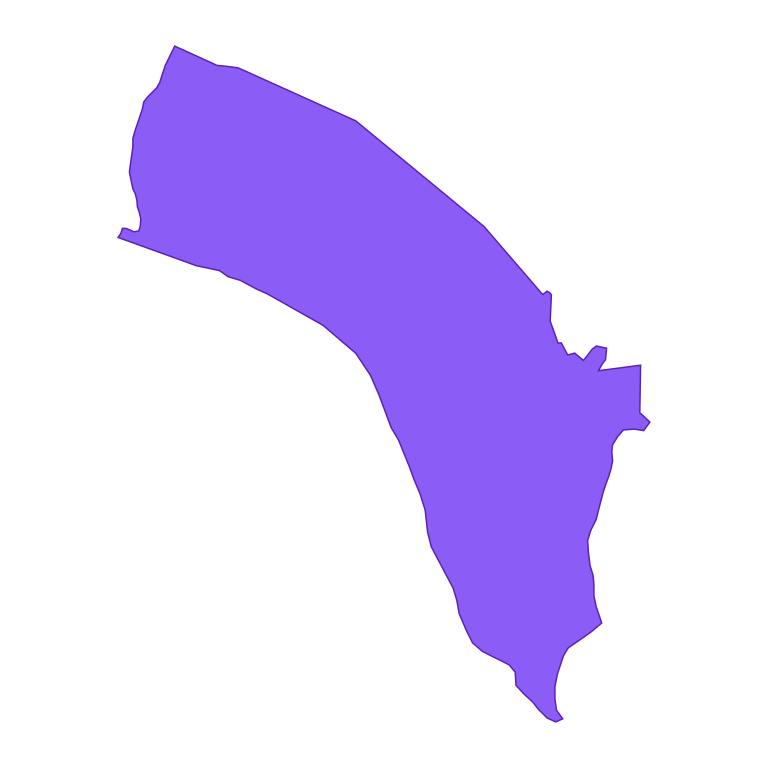 outline of Pontian, Johor, Malaysia
{"feature_id": "92858781B61162443163986", "entity_name": "Pontian", "entity_type": "district", "adm_level": 2, "iso_a3": "MYS", "parent_name": "Malaysia", "parent_adm1": "Johor", "projection": "orthographic", "projection_center": [103.414, 1.514], "detail": "fine", "context": "isolated", "style": "filled", "palette": "violet", "viewbox_px": 768, "rotation_deg": 0, "n_neighbors": 0, "source": "geoboundaries", "source_scale": "gbopen_adm2", "svg_char_len": 1551}
<svg xmlns="http://www.w3.org/2000/svg" viewBox="0 0 768 768"><path d="M118.1,237.5L196.4,265.7L219.5,270.6L228.1,276.7L240.2,280.3L256.0,288.8L267.0,293.7L323.0,325.3L355.8,353.3L370.4,375.2L378.9,394.7L386.2,414.2L391.1,427.5L398.4,439.7L409.3,466.5L414.2,479.9L420.3,494.5L425.2,510.3L427.6,532.2L431.3,546.8L453.2,588.2L456.8,600.3L459.2,613.7L466.5,630.8L472.6,642.9L482.4,651.4L494.5,657.5L509.1,664.8L515.2,672.1L516.0,685.3L523.8,693.9L532.4,701.7L538.6,709.5L547.1,718.0L555.7,721.9L562.7,718.8L556.5,710.2L554.9,698.6L554.9,686.9L557.3,674.4L563.5,655.7L568.2,647.9L576.0,642.5L586.1,635.5L591.5,631.6L601.7,623.0L596.2,606.7L593.9,595.8L593.9,584.1L593.1,575.5L590.0,565.4L588.4,552.1L587.6,540.5L590.8,530.3L596.2,519.4L599.3,507.0L603.2,492.2L606.3,482.8L608.7,476.6L611.0,468.8L612.6,461.0L611.8,451.7L612.6,444.7L618.0,436.1L623.5,429.9L634.4,429.1L643.7,430.6L649.9,422.1L639.8,412.7L640.6,365.2L598.5,370.7L602.4,363.7L605.5,359.8L606.6,348.2L596.4,346.0L591.9,349.5L587.4,355.5L583.4,360.4L574.7,353.1L567.7,355.0L561.3,342.9L558.1,343.2L550.2,321.2L551.4,294.7L549.8,292.8L547.0,291.2L545.1,292.8L542.5,294.4L484.1,226.6L355.8,120.9L238.0,67.8L225.5,66.2L217.0,65.4L174.7,46.1L165.3,65.4L162.3,74.4L159.8,82.3L156.8,87.8L147.8,96.8L143.8,101.8L142.3,109.3L134.9,131.2L132.9,138.2L132.9,146.6L129.4,172.0L132.9,189.0L135.4,194.0L136.9,200.5L137.4,206.9L139.3,212.4L140.8,218.9L140.3,225.9L138.8,230.9L133.9,231.8L129.9,229.9L125.9,228.4L122.4,228.4L120.9,233.3L118.1,237.5Z" fill="#8b5cf6" stroke="#5b21b6" stroke-width="1.5"/></svg>